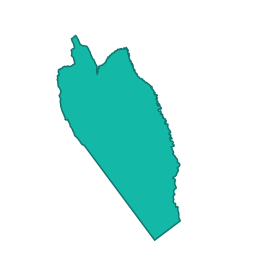 Santa Bárbara, Jujuy, Argentina (Equal Earth projection), rotated 143°
{"feature_id": "61730980B61196907081286", "entity_name": "Santa Bárbara", "entity_type": "district", "adm_level": 2, "iso_a3": "ARG", "parent_name": "Argentina", "parent_adm1": "Jujuy", "projection": "equal_earth", "projection_center": [-64.663, -24.013], "detail": "fine", "context": "isolated", "style": "filled", "palette": "teal", "viewbox_px": 256, "rotation_deg": 143, "n_neighbors": 0, "source": "geoboundaries", "source_scale": "gbopen_adm2", "svg_char_len": 5784}
<svg xmlns="http://www.w3.org/2000/svg" viewBox="0 0 256 256"><g transform="rotate(143 128 128)"><path d="M114.1,233.1L114.5,232.9L115.5,233.6L116.4,233.1L119.4,233.3L120.4,230.7L120.7,228.1L122.2,224.8L123.1,224.0L125.0,224.5L126.6,224.3L127.0,222.7L128.8,220.3L129.5,220.1L129.6,219.4L129.3,217.7L129.4,216.4L130.3,214.8L130.6,213.7L130.9,213.0L131.3,212.8L131.5,211.9L132.0,211.2L132.9,211.3L133.6,211.7L134.7,211.5L136.9,211.8L137.9,212.4L138.4,213.4L139.1,213.9L140.0,213.6L140.8,215.0L143.0,215.8L143.9,215.8L144.5,215.3L144.9,215.2L146.0,215.9L147.1,215.5L147.4,216.2L148.1,216.3L148.9,215.9L149.4,215.0L149.8,214.9L150.0,214.7L150.4,213.0L151.5,211.7L152.0,212.2L152.4,211.9L153.0,212.1L154.5,209.6L155.4,209.3L155.9,207.7L158.6,203.3L158.7,202.8L158.6,201.6L158.8,199.7L159.7,197.4L160.5,196.7L161.8,196.0L162.1,195.7L163.4,195.3L164.5,191.2L165.9,190.4L167.9,186.9L168.3,186.3L169.1,184.6L169.5,183.0L170.3,181.6L170.3,180.7L171.1,178.0L171.1,177.0L171.9,175.5L171.9,174.0L172.6,173.0L173.1,172.7L172.9,172.1L172.4,171.5L171.9,171.2L171.1,171.2L171.1,170.7L171.3,170.3L171.9,166.8L172.3,165.6L173.2,163.8L173.0,162.8L173.2,160.4L173.8,158.7L174.0,156.7L175.0,154.5L175.0,153.2L174.5,151.0L174.3,149.1L174.5,148.0L174.4,147.4L174.4,145.6L174.6,144.8L174.6,142.4L173.4,140.4L174.2,22.4L142.3,22.4L141.9,23.1L141.9,23.8L141.1,26.3L138.7,29.4L138.0,31.2L137.8,32.3L137.7,32.7L135.9,34.3L135.7,34.9L135.8,35.3L136.3,35.6L137.3,35.7L137.3,36.4L135.7,38.8L135.7,39.5L136.5,40.6L136.5,41.2L135.9,42.5L134.6,43.1L134.3,43.6L133.6,45.7L133.0,46.1L130.4,47.0L130.7,48.4L128.9,50.7L127.5,50.9L125.9,50.9L125.5,51.3L125.1,52.2L124.5,55.1L124.1,55.7L123.4,56.1L123.3,56.7L123.0,57.0L121.8,57.4L121.5,58.0L121.4,59.2L121.9,59.8L122.2,60.8L121.9,61.4L121.4,61.5L119.9,61.0L117.7,61.3L115.8,62.8L114.1,63.3L113.2,64.0L112.7,64.9L112.8,66.4L112.2,66.3L110.0,66.7L108.9,67.3L108.5,67.8L108.5,69.6L109.2,70.7L108.9,71.3L108.1,72.0L107.6,73.2L107.5,74.2L107.7,75.4L107.4,77.7L107.9,80.2L107.6,80.6L106.6,80.7L106.2,81.3L105.6,84.1L105.2,85.0L105.3,85.9L105.0,86.7L104.1,86.6L103.7,86.3L102.1,85.9L101.7,86.2L101.5,86.8L101.9,87.2L102.0,88.1L101.7,88.5L100.7,89.0L100.4,89.8L100.7,91.0L101.6,92.2L101.6,92.8L100.8,94.4L100.5,94.3L100.3,93.6L99.8,93.1L99.5,92.9L99.2,93.1L99.2,93.7L100.1,95.1L99.7,95.2L99.6,94.6L99.2,94.4L99.1,95.6L98.1,96.6L98.2,97.4L98.8,97.6L99.0,98.4L98.2,99.2L96.8,98.7L96.4,99.2L96.1,100.6L96.4,101.7L96.0,103.3L96.1,104.1L95.6,105.0L93.9,106.9L94.0,107.1L94.7,107.1L94.9,107.3L95.0,107.7L94.7,108.1L94.7,108.6L95.1,109.0L95.7,108.9L95.9,109.1L95.9,109.5L95.7,109.9L95.4,110.1L95.0,109.7L94.8,109.7L94.7,110.9L94.5,111.0L94.1,110.4L93.6,110.3L93.1,110.8L93.2,111.8L92.8,112.8L93.5,113.4L93.5,114.5L94.1,115.0L93.9,115.4L93.7,115.3L93.6,114.9L93.4,114.9L93.3,115.4L93.5,116.8L93.0,117.4L92.5,117.4L92.3,118.0L92.6,118.9L92.9,119.2L93.5,119.1L93.7,119.7L92.6,119.9L91.7,121.7L91.8,122.0L92.6,122.0L93.2,122.5L93.3,123.8L93.0,123.9L92.7,124.5L92.3,124.7L91.9,124.6L91.4,123.7L90.9,123.4L89.9,123.4L89.4,123.9L89.3,124.1L89.5,124.9L89.6,125.8L89.2,126.3L88.6,128.0L88.6,128.4L89.2,128.6L90.1,127.6L90.7,127.6L90.8,128.8L89.7,128.8L88.9,129.6L88.9,130.5L89.6,130.7L88.2,131.4L88.3,132.0L88.2,132.5L88.5,133.0L88.2,134.3L87.9,134.3L87.6,133.8L87.2,133.8L87.1,134.0L86.5,134.3L86.8,135.3L86.5,136.3L86.1,136.7L85.8,136.7L85.5,136.2L85.1,136.3L85.1,137.3L85.6,137.7L85.8,138.2L86.1,138.1L86.2,138.7L86.6,138.8L86.7,139.1L86.1,140.0L85.8,139.8L85.1,140.0L85.5,141.5L85.1,142.2L85.0,143.2L85.2,144.1L85.0,144.6L85.3,144.8L85.3,145.4L84.1,146.1L84.4,146.4L84.4,147.0L84.9,147.0L85.2,147.3L85.1,147.8L84.7,148.2L84.8,149.0L85.1,150.6L85.7,151.7L85.6,152.4L85.7,153.0L85.9,153.3L86.4,153.4L86.5,154.1L86.7,154.3L86.8,156.4L87.4,157.2L87.0,158.3L87.6,158.7L87.8,159.5L88.2,159.8L88.7,160.7L88.5,161.8L89.0,162.9L89.0,164.2L88.9,164.6L88.6,164.8L88.3,165.8L88.7,166.1L88.8,166.6L88.5,167.6L88.7,170.0L87.7,170.0L87.7,170.5L88.1,170.6L88.3,171.0L88.1,171.6L87.8,171.8L87.9,172.6L87.3,173.8L87.1,173.6L86.7,174.0L86.6,174.6L86.8,175.4L86.7,176.1L86.4,175.6L86.1,175.7L86.1,176.1L86.4,176.3L86.2,176.8L85.9,177.0L86.2,177.6L86.2,178.6L85.7,178.7L85.6,178.9L85.8,179.2L86.1,179.0L86.2,179.5L85.9,180.0L85.3,180.3L85.7,181.3L85.0,182.6L84.7,184.4L84.2,185.0L83.6,184.6L83.4,184.7L83.4,185.2L83.7,186.1L83.2,187.3L82.9,187.1L82.9,186.6L82.8,186.2L82.4,186.3L82.3,187.0L82.7,187.5L82.7,188.8L82.1,189.9L81.7,190.0L81.7,189.6L81.4,189.5L81.2,189.8L81.1,190.3L81.4,190.6L81.4,190.9L81.1,191.0L81.0,191.4L81.1,192.1L81.0,192.6L81.6,192.3L81.5,193.1L82.0,192.9L82.1,193.1L81.9,193.2L82.0,193.4L82.2,193.5L82.3,193.2L82.7,193.4L83.0,194.1L83.2,193.8L83.0,193.7L83.1,193.4L84.0,193.6L84.2,194.0L85.1,194.4L85.3,194.8L85.6,194.6L85.9,194.9L85.9,195.4L86.3,195.3L86.6,195.9L86.8,195.7L87.9,196.0L88.1,196.4L88.9,196.9L89.3,196.5L89.5,196.7L90.7,196.7L91.6,197.1L92.1,196.9L92.6,197.1L94.1,196.5L95.4,197.1L96.0,196.9L96.4,197.0L97.0,196.7L97.6,196.7L98.5,196.5L99.0,196.8L99.9,196.0L100.9,196.3L101.2,196.7L102.0,195.9L102.6,196.0L103.1,195.8L103.8,195.2L104.5,195.2L105.3,194.6L105.5,194.2L106.2,194.1L106.8,193.8L107.5,194.0L108.5,193.7L109.7,193.9L110.2,193.6L112.6,194.5L113.5,194.5L114.2,194.8L114.5,194.8L114.7,194.0L115.0,193.5L115.3,193.3L115.7,193.4L115.8,193.1L116.4,193.1L117.7,192.6L117.8,192.0L118.0,191.9L118.0,191.0L118.7,190.9L119.4,189.9L120.1,189.7L119.7,190.7L119.0,192.1L117.0,194.4L116.1,195.2L115.9,196.1L115.5,196.6L115.3,199.4L115.0,199.8L114.3,202.7L114.2,203.4L114.5,204.3L114.5,205.0L113.8,208.0L113.5,208.5L113.4,209.7L112.5,211.8L112.5,213.3L111.9,215.2L111.8,215.8L112.0,216.3L111.8,216.9L111.8,218.1L114.7,221.1L115.4,222.3L115.4,222.9L115.8,223.5L115.8,224.0L114.5,228.8L114.5,230.0L114.1,231.8L114.1,233.1Z" fill="#14b8a6" stroke="#0f766e" stroke-width="1.5"/></g></svg>